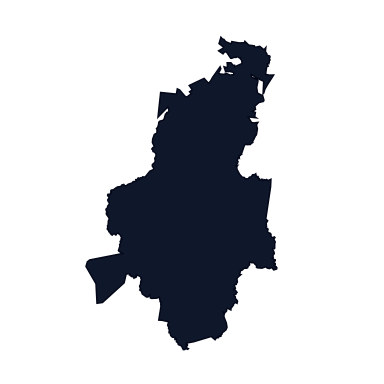 Mezquital, Durango, Mexico, rotated 8°
{"feature_id": "50627088B27978292872391", "entity_name": "Mezquital", "entity_type": "district", "adm_level": 2, "iso_a3": "MEX", "parent_name": "Mexico", "parent_adm1": "Durango", "projection": "robinson", "projection_center": [-104.475, 23.057], "detail": "fine", "context": "isolated", "style": "filled", "palette": "ink", "viewbox_px": 384, "rotation_deg": 8, "n_neighbors": 0, "source": "geoboundaries", "source_scale": "gbopen_adm2", "svg_char_len": 6059}
<svg xmlns="http://www.w3.org/2000/svg" viewBox="0 0 384 384"><g transform="rotate(8 192 192)"><path d="M251.8,75.2L256.6,64.8L252.1,65.5L248.5,65.2L248.5,58.3L248.9,57.2L249.9,56.8L248.6,54.5L250.3,54.2L250.1,53.5L250.5,52.7L250.2,51.5L250.9,50.5L250.0,48.7L250.5,47.4L249.9,46.4L248.8,46.5L247.1,45.8L246.8,44.6L245.1,42.7L245.0,38.7L243.5,41.1L238.8,38.3L234.2,40.0L233.5,38.6L227.7,38.6L223.4,35.4L223.1,36.9L217.9,37.8L210.5,37.5L210.2,39.9L204.4,38.4L202.3,36.4L200.9,36.3L199.1,34.7L198.1,41.3L203.0,44.1L203.1,45.0L198.7,48.5L203.5,50.9L204.7,48.8L206.6,48.5L211.7,54.2L212.8,54.1L214.7,52.9L216.9,52.6L218.0,51.6L220.2,52.6L221.4,52.4L221.1,53.1L222.9,54.8L223.7,57.8L216.7,62.1L216.5,60.6L215.0,60.8L212.6,58.6L208.8,59.1L209.6,62.5L209.1,64.0L206.3,63.5L208.4,67.9L211.5,67.7L213.3,66.9L213.4,67.5L216.7,67.8L217.0,69.9L213.4,70.9L209.1,69.7L208.4,69.8L208.4,71.0L203.5,71.2L201.7,70.6L203.4,66.0L202.4,64.1L196.4,75.7L195.0,79.4L193.2,82.0L188.2,77.8L174.4,86.9L178.0,90.8L175.6,93.1L177.6,94.7L173.6,98.8L171.7,98.1L165.6,92.7L163.1,91.9L162.9,97.2L147.1,97.8L147.9,122.6L156.2,111.2L157.9,114.3L156.9,117.0L155.9,116.9L155.6,118.2L154.9,118.5L154.2,123.6L153.5,124.9L150.3,126.3L150.1,127.2L149.4,127.4L149.5,129.9L149.0,132.7L148.0,134.2L148.6,134.9L149.1,138.5L146.7,140.2L145.7,145.0L145.9,148.5L148.1,151.8L148.0,153.0L147.1,153.4L146.2,155.0L147.2,155.8L147.8,157.4L149.2,157.6L151.0,159.2L151.3,161.5L150.4,163.9L151.2,166.1L151.1,167.6L150.9,168.5L150.1,168.8L148.9,170.5L149.2,172.1L150.8,173.7L150.6,175.2L147.4,177.2L143.5,183.7L140.9,183.9L140.3,185.1L139.3,185.0L138.2,185.9L138.0,186.6L137.3,185.5L136.6,185.7L135.9,187.5L134.6,187.6L135.2,189.3L132.3,189.9L131.4,191.4L127.7,193.2L126.2,194.8L124.5,195.2L123.4,194.0L121.6,194.8L120.6,196.5L117.4,197.4L114.6,199.9L114.1,201.0L112.5,201.0L111.5,201.7L111.5,202.7L112.1,202.9L112.2,204.1L111.5,204.2L110.9,206.1L109.3,205.8L108.9,206.4L109.0,207.4L110.2,208.3L110.7,209.3L109.6,211.6L110.6,213.4L111.6,214.1L111.8,215.2L110.5,217.7L110.4,219.6L109.3,220.8L109.3,221.7L111.2,224.7L110.9,225.4L110.2,225.1L110.3,225.9L113.5,229.3L113.7,230.9L113.2,232.0L113.5,236.5L113.0,237.3L113.6,238.6L113.2,240.0L113.4,240.8L114.7,241.6L115.3,243.0L116.6,243.3L116.7,244.2L117.9,245.3L119.0,245.8L120.4,244.0L122.6,245.2L123.8,242.8L126.8,244.4L128.7,247.1L128.2,248.5L129.2,248.9L127.7,250.9L128.4,252.2L127.7,254.3L128.1,255.6L127.3,260.2L127.8,260.8L131.7,262.6L100.2,273.5L98.1,275.7L97.4,280.5L109.7,296.2L113.4,315.4L118.7,313.9L137.4,291.4L138.2,282.3L141.7,281.7L141.7,282.9L142.2,282.8L143.7,284.1L146.1,284.2L146.5,285.4L148.6,284.1L148.5,282.2L151.4,282.4L153.3,283.5L153.4,284.8L154.3,285.8L153.7,287.5L153.9,290.7L153.2,292.3L154.0,294.4L154.6,294.8L153.9,296.3L155.5,297.1L157.0,299.9L161.5,302.3L163.0,302.1L164.6,299.8L165.5,302.7L166.7,303.0L172.0,302.0L174.1,300.7L174.6,301.3L174.9,302.9L175.6,303.9L175.5,304.6L176.2,304.9L176.2,305.8L176.9,306.2L176.6,307.2L177.2,309.7L176.9,323.5L180.2,323.2L187.0,323.8L186.4,327.2L187.2,328.5L188.0,329.1L187.7,330.2L188.7,331.5L188.8,334.5L189.7,334.4L191.0,337.2L192.8,338.5L195.0,338.4L195.4,338.7L195.6,340.3L196.8,339.7L197.4,342.4L199.0,343.4L199.7,345.0L203.0,345.9L205.3,349.3L206.6,349.1L207.7,348.0L209.7,348.4L210.2,347.6L209.0,347.5L208.0,345.9L207.5,345.9L207.6,345.4L208.7,344.9L208.9,344.1L208.3,343.3L207.6,343.4L207.5,342.4L214.4,340.1L231.1,332.4L235.4,335.1L236.3,333.3L236.2,333.7L236.6,333.0L237.9,332.7L237.5,332.3L237.7,331.9L238.2,332.4L238.8,331.9L238.9,330.1L239.2,330.9L240.4,331.0L240.9,330.5L240.5,329.4L241.4,328.7L241.8,326.6L242.6,326.3L244.9,323.6L245.5,321.1L244.2,316.9L241.0,311.2L240.8,309.2L241.1,308.0L240.5,307.9L239.8,306.8L240.7,307.2L242.1,306.1L242.8,304.9L242.2,304.7L242.6,303.2L243.7,302.3L246.9,303.4L246.8,301.8L248.8,298.2L248.9,296.7L250.4,295.4L252.1,296.0L252.3,293.8L251.0,292.3L250.0,291.9L249.3,289.5L248.3,289.2L247.9,288.2L249.8,287.0L249.8,286.2L250.6,285.1L248.2,282.9L246.7,282.9L246.8,282.1L248.2,281.7L248.4,281.2L247.0,279.0L247.2,278.0L248.7,277.3L248.6,276.6L249.5,274.9L248.6,271.9L249.0,270.4L251.9,267.0L250.8,267.0L250.6,266.3L251.2,262.8L252.7,262.3L254.1,260.3L256.7,259.9L257.7,259.2L257.7,258.1L259.1,256.2L259.1,255.0L258.6,254.0L259.8,253.3L261.3,253.8L262.0,253.3L263.9,254.0L264.4,254.8L265.5,255.3L266.4,256.8L266.3,257.5L267.2,258.0L271.9,257.7L275.4,255.8L277.0,256.8L279.2,257.1L281.5,255.7L283.8,257.8L286.5,256.5L286.6,255.3L285.8,254.3L284.7,254.2L284.2,253.6L284.6,252.6L284.4,251.3L284.0,251.0L283.5,251.4L282.8,249.9L283.0,249.2L284.0,248.6L283.8,247.5L282.8,247.6L280.7,246.5L281.7,245.9L280.9,243.8L282.1,241.4L281.2,239.4L279.7,237.5L279.8,236.6L281.4,236.7L281.7,236.2L281.1,231.5L281.4,230.0L279.5,227.2L280.5,225.6L279.7,225.0L278.5,225.9L276.6,225.6L276.4,224.4L275.8,224.1L276.2,223.2L276.0,222.7L274.9,221.8L273.1,221.8L272.3,220.4L272.5,218.3L271.9,217.6L270.4,217.5L270.2,216.7L270.6,215.8L269.8,212.5L270.9,210.0L268.8,208.5L269.1,176.2L268.4,168.4L266.2,169.8L265.3,169.9L264.2,169.2L263.0,170.1L262.3,169.7L260.7,170.6L260.3,169.6L258.8,169.8L258.1,170.7L257.3,170.9L256.8,170.5L256.8,169.4L255.5,168.9L255.6,168.1L255.1,168.1L255.0,167.5L253.5,167.6L252.6,165.1L251.8,166.0L249.6,166.5L248.4,168.8L246.8,169.3L245.7,171.1L242.7,171.6L242.0,170.4L239.6,170.3L236.6,167.7L233.4,163.3L232.8,160.9L233.2,160.0L232.4,160.6L232.1,160.0L233.2,156.6L233.3,155.3L232.4,154.5L232.4,153.3L233.0,152.8L232.8,151.8L233.5,151.3L234.1,151.7L233.6,149.5L234.7,149.1L234.7,148.6L236.0,147.7L235.5,146.9L235.9,146.4L237.4,138.5L238.9,136.9L239.7,137.5L243.3,136.8L244.0,135.5L245.4,134.5L244.9,132.9L245.6,132.1L247.0,127.6L247.8,126.5L248.0,120.4L246.5,116.4L247.6,113.9L243.9,114.9L241.3,114.9L237.2,109.8L245.3,109.6L243.6,108.7L243.7,104.4L240.5,103.8L243.4,101.4L242.3,98.3L245.9,94.0L250.0,92.4L250.5,91.2L248.6,86.8L243.1,84.9L241.5,79.4L241.9,72.7L240.9,71.6L235.0,69.9L234.4,68.5L234.9,67.9L234.6,68.2L234.4,67.4L241.3,70.5L247.6,72.4L248.7,84.8L249.3,84.0L249.9,80.0L251.8,75.2Z" fill="#0f172a" stroke="#020617" stroke-width="1.5"/></g></svg>